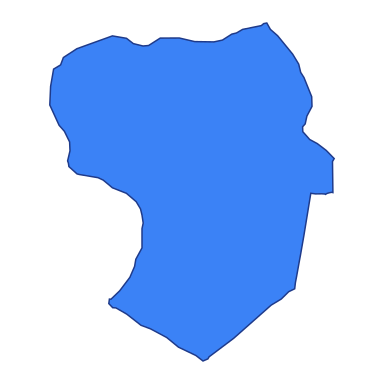 Huité, Zacapa, Guatemala (Albers equal-area conic projection)
{"feature_id": "79465075B89457517012818", "entity_name": "Huité", "entity_type": "district", "adm_level": 2, "iso_a3": "GTM", "parent_name": "Guatemala", "parent_adm1": "Zacapa", "projection": "albers", "projection_center": [-89.697, 14.912], "detail": "fine", "context": "isolated", "style": "filled", "palette": "blue", "viewbox_px": 384, "rotation_deg": 0, "n_neighbors": 0, "source": "geoboundaries", "source_scale": "gbopen_adm2", "svg_char_len": 1262}
<svg xmlns="http://www.w3.org/2000/svg" viewBox="0 0 384 384"><path d="M203.0,361.0L207.9,358.9L209.1,356.8L233.8,338.2L271.2,305.1L281.3,299.0L288.7,291.7L294.7,288.8L295.4,282.7L296.6,276.4L299.7,259.2L300.4,255.5L303.9,235.5L310.8,193.3L315.6,193.9L321.6,193.8L325.0,194.0L325.4,194.4L326.0,194.1L326.6,193.6L328.8,192.9L331.5,192.3L332.9,192.6L332.5,161.5L334.2,158.6L326.2,150.4L317.3,143.6L309.7,139.5L302.8,131.7L302.6,126.8L305.2,123.9L306.9,116.1L312.0,106.4L311.7,96.7L304.0,77.6L300.7,72.4L298.7,64.1L292.7,54.2L277.6,35.7L270.4,29.4L266.8,23.0L263.7,23.6L261.3,25.6L242.6,29.4L236.4,33.0L231.8,34.1L222.4,40.1L213.9,41.9L194.7,41.6L179.3,38.0L160.2,38.1L148.6,45.5L143.0,46.0L133.3,43.6L126.5,38.3L112.4,35.9L76.9,48.7L67.4,54.9L63.4,57.5L60.6,64.9L53.6,69.1L50.6,86.4L49.8,105.0L59.1,125.3L64.4,131.3L69.6,141.9L70.0,150.8L67.6,160.9L68.4,163.2L68.9,166.6L77.0,173.9L79.3,174.5L98.1,177.7L103.2,180.1L112.4,187.8L126.4,193.3L136.2,201.7L140.5,208.9L142.0,215.1L143.2,223.1L142.0,228.6L142.0,247.9L135.8,259.3L134.6,266.4L129.9,277.3L119.7,290.8L111.0,299.2L109.4,299.1L108.8,303.6L112.7,307.7L115.9,307.9L126.7,314.1L141.0,325.3L150.4,328.8L166.7,337.5L178.5,347.2L195.9,355.5L203.0,361.0Z" fill="#3b82f6" stroke="#1e3a8a" stroke-width="1.5"/></svg>